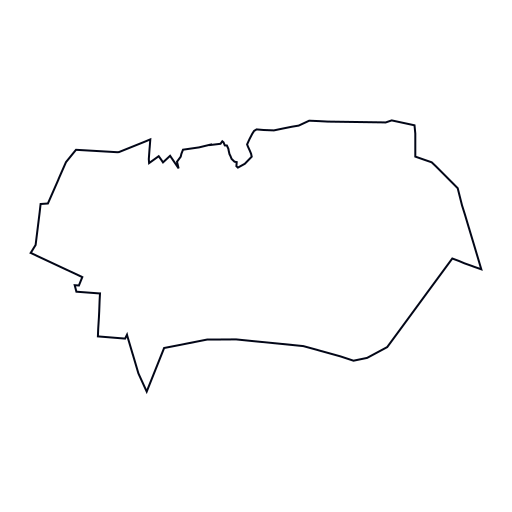 outline of General Zaragoza, Nuevo León, Mexico
{"feature_id": "50627088B50293210401626", "entity_name": "General Zaragoza", "entity_type": "district", "adm_level": 2, "iso_a3": "MEX", "parent_name": "Mexico", "parent_adm1": "Nuevo León", "projection": "mercator", "projection_center": [-99.779, 23.881], "detail": "fine", "context": "isolated", "style": "outline", "palette": "ink", "viewbox_px": 512, "rotation_deg": 0, "n_neighbors": 0, "source": "geoboundaries", "source_scale": "gbopen_adm2", "svg_char_len": 1840}
<svg xmlns="http://www.w3.org/2000/svg" viewBox="0 0 512 512"><path d="M321.8,351.2L340.5,356.4L353.5,360.7L367.1,357.9L387.2,347.1L404.4,323.7L428.6,290.7L452.3,258.5L459.0,261.0L464.4,263.3L472.9,266.3L473.0,266.4L481.3,269.3L473.4,242.8L473.3,242.5L469.6,230.2L469.2,228.8L469.2,228.7L468.9,227.9L465.0,214.8L462.0,205.3L457.7,188.2L436.0,166.4L431.7,162.3L425.0,160.0L415.3,156.6L415.3,151.0L415.3,133.6L414.5,125.3L391.7,120.4L391.1,120.6L385.5,122.5L383.9,122.4L328.0,121.6L318.6,121.1L314.0,120.9L309.2,120.7L298.7,125.6L292.0,126.7L282.5,128.6L273.9,130.4L263.6,130.0L256.6,129.4L254.1,130.9L252.3,133.7L249.5,139.1L247.1,144.4L247.9,146.5L249.9,150.9L251.1,153.8L251.7,156.7L244.8,163.8L237.9,167.6L236.4,166.2L236.7,162.1L234.5,161.7L231.6,158.9L230.3,155.7L229.5,154.2L228.7,150.7L228.4,148.9L226.9,145.5L224.8,145.4L223.5,142.3L222.3,141.3L220.5,143.8L210.5,145.0L210.6,144.6L208.9,145.0L199.0,147.4L183.0,149.7L181.4,153.8L180.7,156.7L177.0,161.7L178.6,168.4L170.1,155.8L163.0,162.4L161.2,159.7L158.7,156.2L149.1,163.1L148.8,159.1L149.6,148.1L149.7,147.2L150.3,139.4L147.6,140.5L146.7,140.9L146.0,141.2L118.9,152.1L117.6,152.2L117.0,152.2L105.3,151.5L105.2,151.5L76.0,149.8L66.0,162.1L58.7,178.7L58.3,179.8L47.9,203.5L40.6,204.0L39.6,212.8L35.6,245.0L34.1,247.4L32.4,250.2L30.7,252.9L31.0,253.0L31.6,253.3L32.0,253.5L32.8,253.9L34.8,254.8L36.8,255.8L82.3,277.1L78.9,285.5L74.7,285.2L76.4,291.7L99.0,293.4L100.0,293.4L99.6,300.7L99.2,311.7L98.9,317.7L98.2,328.8L97.9,336.4L125.1,338.6L127.0,334.7L127.1,335.1L127.1,335.3L132.7,354.2L132.9,354.7L133.6,357.2L133.8,357.8L138.4,373.4L146.7,391.6L163.6,349.3L164.1,348.0L179.1,345.1L184.6,344.0L207.4,339.5L210.5,339.5L220.8,339.5L236.1,339.4L253.9,341.2L282.5,344.0L303.3,346.1L317.6,350.0L318.2,350.2L321.7,351.2L321.8,351.2Z" fill="none" stroke="#020617" stroke-width="2"/></svg>